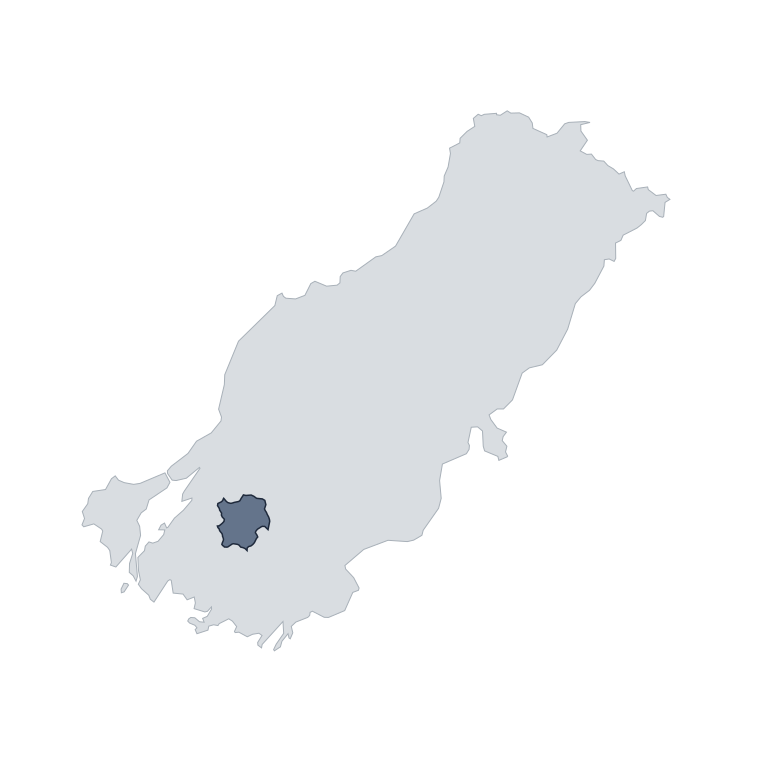 location of Kütahya within Turkey, rotated 313°
{"feature_id": "TUR-2276", "entity_name": "Kütahya", "entity_type": "Province", "adm_level": 1, "iso_a3": "TUR", "parent_name": "Turkey", "parent_adm1": "", "projection": "mercator", "projection_center": [29.429, 39.315], "detail": "fine", "context": "in_parent", "style": "filled", "palette": "slate", "viewbox_px": 768, "rotation_deg": 313, "n_neighbors": 0, "source": "natural_earth", "source_scale": "10m", "svg_char_len": 4847}
<svg xmlns="http://www.w3.org/2000/svg" viewBox="0 0 768 768"><g transform="rotate(313 384 384)"><path d="M601.2,271.1L612.0,275.0L615.6,272.1L625.5,272.5L634.3,274.7L639.2,268.2L645.5,268.9L646.6,272.2L649.6,273.4L658.7,281.7L657.7,282.7L659.9,285.8L667.8,287.8L668.6,292.0L674.7,298.2L677.8,307.8L676.0,314.4L672.5,318.6L677.4,333.0L675.9,334.8L685.4,339.5L697.5,338.7L701.3,340.7L712.9,351.9L715.8,356.3L707.8,351.0L703.3,355.5L701.0,366.5L688.3,368.5L690.2,375.7L693.6,378.9L692.5,385.7L693.4,388.3L696.9,392.7L696.4,398.7L697.8,405.1L697.8,412.7L703.1,415.0L700.7,418.5L694.8,433.7L695.2,435.0L699.1,435.3L707.9,442.4L706.4,444.7L707.4,454.4L715.0,460.7L713.7,463.9L714.0,467.2L708.5,465.7L697.2,474.3L696.0,474.1L694.4,471.1L694.1,462.5L691.4,460.2L687.9,459.7L681.8,463.7L676.2,463.5L670.7,462.7L656.0,457.4L650.6,459.3L645.0,457.2L633.9,467.8L630.6,468.7L629.0,463.4L625.2,460.4L620.2,464.4L601.4,469.5L592.7,470.4L582.1,468.6L573.3,469.1L549.4,480.9L526.6,487.2L506.1,486.7L494.9,479.3L486.2,477.6L460.0,488.8L447.2,488.4L442.9,483.8L433.1,481.9L430.9,486.3L428.9,496.8L432.3,506.4L426.8,507.0L423.2,509.1L422.3,516.3L417.2,519.2L415.6,523.6L414.6,523.7L406.5,520.1L408.7,516.6L403.7,503.2L406.2,499.0L416.8,488.1L416.5,481.7L411.9,477.3L398.5,485.3L397.3,488.4L394.2,490.8L389.2,491.8L365.3,481.3L351.3,490.5L339.4,503.8L330.3,508.7L303.8,512.4L299.2,514.9L290.1,512.2L284.7,508.6L272.4,493.5L249.2,482.0L224.6,479.2L222.5,482.2L221.7,493.9L217.8,504.9L215.7,506.0L210.3,503.3L191.5,509.8L175.4,502.6L172.6,499.4L169.0,486.6L166.6,485.7L164.0,487.5L161.3,487.4L149.8,481.9L143.5,481.5L139.8,487.0L133.7,489.2L133.5,487.7L135.9,484.1L126.2,484.8L121.1,487.5L114.1,485.8L114.5,484.4L120.2,482.6L133.2,480.7L141.4,472.1L110.4,472.5L107.5,474.4L107.0,469.9L108.8,467.9L116.9,466.3L116.4,462.5L111.4,458.6L105.9,456.4L103.5,447.1L100.7,444.7L101.0,443.4L106.1,441.7L107.2,434.9L106.4,430.6L96.4,426.9L94.1,427.3L91.7,423.6L87.4,421.0L83.9,423.1L73.8,417.5L75.6,413.4L78.1,413.5L78.6,410.3L76.6,404.9L76.8,402.1L79.0,401.4L81.5,401.9L84.0,405.1L84.3,411.2L87.1,414.9L88.9,411.2L93.5,413.2L101.8,411.4L103.3,409.8L97.3,409.9L95.1,408.4L90.2,398.3L95.2,395.4L98.8,390.5L91.9,387.2L93.3,380.3L87.3,372.4L95.3,362.3L94.9,360.8L92.4,360.2L67.6,364.5L67.2,359.9L69.1,356.0L68.9,346.2L70.0,340.9L74.6,339.4L80.2,331.6L89.3,322.3L98.8,322.5L102.6,320.0L108.2,319.8L109.9,323.4L114.8,326.0L123.6,325.6L127.8,323.2L123.7,318.6L128.7,317.2L132.6,318.3L130.5,323.2L131.7,323.7L143.0,322.2L154.8,323.4L167.9,322.8L169.6,321.3L160.3,316.2L166.2,311.8L169.5,311.0L196.9,306.9L197.1,305.9L180.3,303.7L171.6,297.8L169.2,294.6L170.9,286.8L172.8,284.8L178.8,284.5L199.5,288.0L214.3,285.9L230.4,291.0L245.8,290.0L249.0,287.7L252.8,280.2L274.6,267.7L282.2,261.2L316.1,248.4L366.9,250.7L375.8,245.7L380.9,247.4L379.5,250.7L379.8,253.7L385.9,261.3L394.9,265.7L407.5,262.0L412.0,263.4L416.4,275.3L424.3,282.3L427.9,282.8L432.7,278.7L437.2,278.2L444.6,282.3L447.2,286.4L471.4,291.3L476.4,294.8L492.7,298.4L529.0,290.0L542.2,295.7L553.3,297.5L558.0,296.7L572.7,290.0L577.2,286.2L586.4,282.9L597.9,275.4L601.2,271.1ZM133.5,250.1L132.6,255.4L134.7,261.3L139.9,269.4L145.0,273.4L169.6,284.4L166.1,294.5L160.0,296.1L139.0,291.2L130.4,295.4L124.2,294.3L115.7,296.2L113.3,302.3L107.3,309.2L90.4,317.9L75.1,334.9L70.7,337.1L72.7,331.3L72.5,326.2L79.2,320.3L88.7,315.8L91.1,312.0L67.3,312.7L65.0,307.4L67.5,306.4L75.2,297.0L76.0,293.2L75.2,283.9L84.6,278.6L85.3,276.4L83.8,267.2L74.8,261.8L75.0,259.2L81.4,256.7L85.0,250.3L94.4,249.0L98.8,245.9L106.8,244.3L116.9,252.3L128.8,249.3L133.5,250.1ZM62.7,334.3L54.7,335.7L52.2,334.3L54.7,331.6L60.9,329.7L62.9,332.4L62.7,334.3Z" fill="#d9dde1" stroke="#a8b0b8" stroke-width="1"/><path d="M191.1,344.7L190.6,348.6L190.7,350.5L191.9,352.9L192.5,353.6L193.9,354.5L195.1,355.1L198.9,357.8L200.4,358.2L203.1,357.5L205.7,357.1L207.0,356.8L208.3,359.0L212.2,362.6L213.1,365.3L213.5,368.8L217.0,373.4L217.6,376.2L215.2,379.9L211.1,381.8L210.4,383.6L209.9,385.6L209.0,387.5L208.0,390.5L206.6,392.9L205.6,394.1L198.4,398.5L198.5,393.9L196.8,392.0L195.8,391.6L191.5,390.5L189.3,390.6L188.3,390.9L187.5,391.4L186.9,393.9L186.0,396.0L184.0,396.1L179.6,397.4L177.1,397.5L174.8,397.1L172.7,395.8L170.7,395.8L168.8,397.4L168.9,394.6L168.2,392.5L167.0,390.5L167.3,387.7L167.1,387.0L166.8,386.2L164.5,382.8L163.5,382.1L158.3,380.9L157.6,380.4L155.9,378.4L156.1,377.9L156.0,376.8L155.8,376.3L156.1,374.8L157.5,374.1L160.0,373.2L161.1,372.4L162.2,370.5L162.4,369.9L163.3,368.9L164.1,367.5L164.5,364.4L165.0,363.1L165.4,362.7L165.6,362.1L165.6,361.2L165.8,360.3L166.5,359.0L167.8,360.1L169.4,360.4L171.8,360.7L174.3,360.7L176.2,359.5L176.4,356.5L177.2,354.5L178.8,353.3L179.7,349.7L180.4,348.9L180.8,347.9L181.5,345.2L183.3,344.0L186.9,345.4L188.0,345.5L189.1,345.4L190.1,344.9L191.1,344.7Z" fill="#64748b" stroke="#1e293b" stroke-width="1.5"/></g></svg>